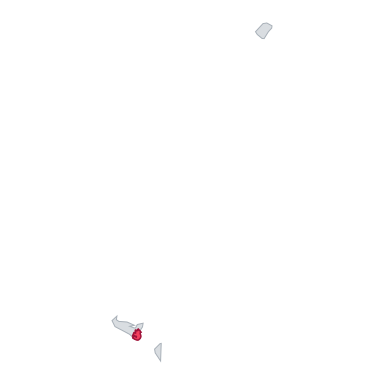 Tatakamotonga, Tongatapu, Tonga (highlighted)
{"feature_id": "48082658B12474943410263", "entity_name": "Tatakamotonga", "entity_type": "district", "adm_level": 2, "iso_a3": "TON", "parent_name": "Tonga", "parent_adm1": "Tongatapu", "projection": "albers", "projection_center": [-175.133, -21.226], "detail": "fine", "context": "in_parent", "style": "filled", "palette": "rose", "viewbox_px": 384, "rotation_deg": 0, "n_neighbors": 0, "source": "geoboundaries", "source_scale": "gbopen_adm2", "svg_char_len": 1927}
<svg xmlns="http://www.w3.org/2000/svg" viewBox="0 0 384 384"><path d="M134.0,327.9L135.5,328.0L137.3,324.5L143.1,323.2L142.5,326.9L134.6,339.0L129.6,334.3L115.0,326.6L112.0,320.6L116.9,316.1L116.4,319.7L118.8,321.4L127.0,322.0L134.4,325.3L129.8,326.3L134.0,327.9ZM268.4,31.7L264.1,38.6L262.1,38.5L257.3,34.5L255.5,31.7L263.0,23.6L266.8,23.0L272.0,25.8L271.7,28.1L268.4,31.7ZM161.2,343.4L160.6,361.0L155.2,352.9L154.6,349.1L160.0,343.7L161.2,343.4Z" fill="#d9dde1" stroke="#a8b0b8" stroke-width="1"/><path d="M132.8,337.9L132.8,338.0L133.0,338.3L133.3,338.4L133.8,338.6L134.0,338.8L134.3,339.0L134.8,339.3L135.2,339.4L135.9,339.7L136.3,339.9L136.7,340.0L137.1,340.1L137.3,340.1L137.5,340.1L138.0,340.1L138.4,340.0L138.7,339.8L138.7,339.7L138.9,339.6L139.2,339.4L139.4,339.2L139.7,338.9L140.0,338.6L140.3,338.2L140.4,337.9L140.6,337.5L140.8,337.0L140.9,336.6L140.9,336.2L140.8,335.7L140.8,335.3L140.7,335.0L140.4,334.4L140.3,334.1L140.3,333.9L140.2,333.7L140.2,333.1L140.3,332.8L140.4,332.5L140.7,332.2L140.9,332.1L141.0,332.1L140.9,331.9L140.3,331.2L139.2,330.1L139.3,330.1L139.1,329.9L138.8,329.6L138.7,329.5L138.5,329.4L138.4,329.1L138.2,329.2L138.1,329.3L137.9,329.4L137.7,329.4L137.7,329.5L137.8,329.6L138.0,329.8L137.9,329.8L138.0,329.8L138.0,330.0L137.9,330.1L137.9,330.3L137.7,330.5L137.4,330.6L137.3,330.4L137.2,330.3L136.9,330.4L136.7,330.5L136.3,330.5L136.2,330.4L136.1,330.2L135.9,330.0L135.5,330.0L135.4,330.1L135.3,330.3L135.4,330.6L135.2,331.0L135.4,331.3L135.6,331.5L135.8,331.7L135.6,332.3L135.5,332.6L135.5,332.8L135.2,332.6L135.2,332.8L135.1,333.0L133.9,332.7L133.7,333.3L133.1,334.5L132.9,335.1L132.7,335.4L132.9,335.5L133.3,335.8L133.1,336.3L132.6,336.9L132.8,337.1L133.1,337.1L133.3,337.2L132.8,337.9L132.8,337.9ZM133.7,335.6L133.9,335.3L134.5,335.6L135.1,336.0L135.7,336.3L135.9,336.4L136.2,336.3L136.4,336.4L136.3,337.2L135.3,336.6L133.7,335.6Z" fill="#f43f5e" stroke="#9f1239" stroke-width="1.5"/></svg>